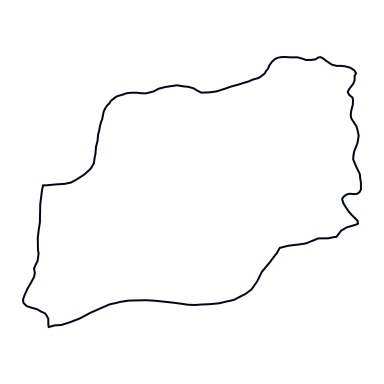 outline of Karluway #2, Maryland, Liberia
{"feature_id": "62588387B3504103493017", "entity_name": "Karluway #2", "entity_type": "district", "adm_level": 2, "iso_a3": "LBR", "parent_name": "Liberia", "parent_adm1": "Maryland", "projection": "albers", "projection_center": [-7.68, 4.692], "detail": "fine", "context": "isolated", "style": "outline", "palette": "ink", "viewbox_px": 384, "rotation_deg": 0, "n_neighbors": 0, "source": "geoboundaries", "source_scale": "gbopen_adm2", "svg_char_len": 2667}
<svg xmlns="http://www.w3.org/2000/svg" viewBox="0 0 384 384"><path d="M48.7,327.0L50.2,326.6L54.7,325.4L61.2,325.0L69.8,322.3L79.9,318.4L90.4,312.8L103.3,307.1L109.8,304.3L115.5,303.1L120.3,301.9L128.5,300.6L145.9,300.2L155.7,300.8L169.7,302.3L171.6,302.5L177.3,303.2L185.8,304.4L187.6,304.7L194.9,305.0L200.4,304.6L209.3,304.2L214.8,303.7L219.2,303.3L225.3,301.8L233.9,299.9L241.4,296.0L245.7,293.8L250.2,290.4L251.6,289.3L257.1,281.5L261.8,271.9L269.9,262.2L273.1,257.9L277.0,252.8L279.8,247.9L287.9,245.8L295.7,244.8L297.4,244.7L305.4,243.5L305.9,243.4L318.3,238.4L328.1,238.3L334.4,237.0L336.4,236.9L337.8,235.1L341.2,230.6L346.8,227.3L350.8,226.2L355.3,224.9L358.0,223.7L357.6,220.8L352.2,215.4L349.2,212.2L345.9,207.4L343.4,203.3L342.1,199.0L343.6,196.7L346.5,194.6L348.5,193.9L350.8,193.8L354.2,194.1L356.9,193.9L359.4,192.3L361.0,189.4L360.9,183.2L360.9,182.1L360.3,179.1L359.8,174.1L355.5,165.1L353.2,159.4L353.4,155.7L354.2,151.4L354.6,150.3L357.4,143.5L358.7,135.6L357.5,129.9L356.5,126.5L351.3,118.4L350.8,115.6L350.8,113.5L351.4,109.9L352.4,106.2L352.8,104.7L353.0,100.7L352.6,97.7L349.1,94.8L347.7,92.0L349.4,88.7L352.2,85.2L353.6,83.0L354.6,80.1L354.6,75.9L356.0,73.2L354.3,70.3L350.0,67.6L345.0,66.3L341.1,65.9L336.8,65.9L331.9,64.7L326.0,60.7L322.6,58.1L321.5,57.6L320.3,57.1L318.1,57.6L315.4,59.4L311.5,59.9L306.0,60.0L302.2,58.6L297.3,57.3L293.2,57.3L289.5,57.3L285.4,57.0L281.3,57.1L277.3,57.9L274.6,59.3L271.7,62.1L269.2,65.6L268.0,68.8L266.1,70.9L264.5,73.7L261.1,76.3L258.5,78.0L252.8,79.6L248.5,81.5L243.3,83.0L238.7,84.5L231.2,86.5L225.3,88.6L216.6,91.4L209.2,92.4L201.7,92.6L201.1,92.6L197.1,90.5L193.7,88.4L188.3,86.8L183.7,86.4L177.0,85.3L170.7,86.2L165.3,87.0L162.0,87.9L160.3,88.3L158.9,88.6L153.7,91.4L149.1,92.6L145.8,93.4L140.9,93.2L136.1,92.7L129.9,92.8L127.8,93.1L126.4,93.3L122.8,94.6L119.2,95.6L116.6,96.5L114.2,98.2L110.8,100.9L109.5,103.2L106.9,105.8L105.2,108.4L103.7,111.6L102.8,115.9L102.2,119.2L101.1,122.0L100.1,125.5L99.0,131.4L98.1,134.6L98.0,135.4L97.6,140.6L96.4,145.4L96.0,146.7L95.9,148.1L95.4,154.3L94.7,157.1L93.9,163.1L90.9,168.4L87.9,171.3L83.9,174.8L81.1,176.6L76.9,179.3L71.1,182.5L65.0,183.8L54.9,184.5L45.5,185.4L44.1,185.3L43.1,185.3L42.0,190.3L40.3,203.9L40.2,204.6L40.1,214.0L40.0,214.5L40.0,216.6L39.9,222.4L39.0,228.0L38.8,229.1L37.8,237.8L37.9,246.1L38.0,250.0L38.6,253.3L37.6,260.9L35.7,264.7L34.1,268.3L34.8,273.0L34.7,273.6L34.2,276.6L31.5,281.8L30.8,283.1L27.7,288.3L24.5,295.3L23.0,299.7L23.5,302.8L25.0,304.5L26.9,306.2L33.2,308.2L35.1,308.7L37.3,309.3L40.9,311.5L44.9,313.3L46.7,315.6L47.9,318.1L48.3,318.7L48.3,323.3L48.5,326.1L48.7,327.0Z" fill="none" stroke="#020617" stroke-width="2"/></svg>